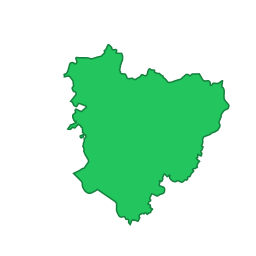 SVG path tracing the border of Volgograd, rotated 117°
{"feature_id": "RUS-2369", "entity_name": "Volgograd", "entity_type": "Region", "adm_level": 1, "iso_a3": "RUS", "parent_name": "Russia", "parent_adm1": "", "projection": "albers", "projection_center": [44.238, 49.343], "detail": "fine", "context": "isolated", "style": "filled", "palette": "green", "viewbox_px": 256, "rotation_deg": 117, "n_neighbors": 0, "source": "natural_earth", "source_scale": "10m", "svg_char_len": 5757}
<svg xmlns="http://www.w3.org/2000/svg" viewBox="0 0 256 256"><g transform="rotate(117 128 128)"><path d="M213.0,82.2L212.3,84.0L212.0,84.5L210.1,85.4L209.7,85.8L209.4,86.7L210.0,87.6L210.2,88.3L210.0,88.9L209.0,89.9L208.7,90.5L209.0,91.7L210.6,93.7L210.7,95.3L210.2,96.5L208.5,98.8L206.7,100.8L200.8,103.7L199.9,104.7L199.3,106.5L196.6,127.5L198.1,128.0L202.4,131.0L203.8,132.8L204.2,135.0L203.8,137.3L202.7,139.5L201.4,141.3L200.2,142.4L198.2,143.6L197.2,144.4L196.6,145.4L193.2,155.9L188.2,152.1L184.9,150.3L184.5,149.9L184.1,149.1L183.9,148.9L177.1,147.9L176.4,147.9L175.5,148.1L174.3,149.0L174.0,149.3L173.7,150.3L172.8,151.3L171.6,153.5L168.9,156.7L168.4,157.1L166.6,157.6L165.7,158.5L165.0,159.8L163.0,160.3L161.7,160.8L159.8,160.9L157.3,162.2L155.6,161.5L154.5,161.6L153.5,162.5L153.4,162.8L153.5,163.2L153.9,163.7L154.5,164.2L156.0,163.8L156.7,163.9L157.5,164.9L158.1,165.1L158.2,165.3L158.1,165.7L157.4,166.8L156.7,167.0L156.3,166.8L154.5,165.1L153.0,164.7L152.8,165.1L152.6,166.1L152.4,166.7L150.9,167.2L150.1,167.9L148.8,168.6L148.5,168.9L148.4,170.2L148.2,170.6L147.3,171.3L147.3,171.5L147.6,172.2L147.5,172.8L147.2,173.5L147.2,173.8L147.3,174.0L152.1,175.4L152.3,175.8L152.3,176.9L152.4,177.6L155.1,178.5L155.9,179.7L156.3,181.2L151.4,180.6L150.4,179.6L146.6,176.6L146.4,176.6L145.8,177.3L145.8,177.6L146.1,178.7L146.0,179.3L143.9,181.7L142.9,182.5L141.9,182.9L141.0,183.0L137.8,181.7L137.3,182.1L136.6,183.0L136.3,183.2L135.4,183.2L134.9,183.0L134.7,182.7L134.8,180.7L134.6,178.7L134.6,177.2L134.4,176.8L132.7,176.4L131.8,175.6L130.4,175.6L129.5,174.8L128.0,174.6L127.7,175.1L127.6,176.5L128.1,181.6L128.5,182.9L129.1,183.3L132.2,183.5L132.5,183.9L132.5,186.3L131.9,187.3L130.4,188.9L130.3,189.5L130.3,191.2L121.5,189.5L120.8,189.8L119.7,191.4L119.7,191.7L120.2,192.7L120.1,193.4L118.4,195.5L117.9,195.9L117.5,196.0L116.0,195.7L115.2,195.7L114.6,196.0L111.3,198.2L110.6,199.1L109.1,202.3L108.5,203.9L108.9,204.9L111.3,207.9L110.6,208.2L109.5,209.2L109.1,209.2L108.2,208.2L107.6,207.6L106.7,207.5L104.1,207.5L97.8,208.9L96.7,208.9L95.7,208.4L94.9,207.3L94.7,206.7L94.8,204.9L94.8,204.1L94.5,203.7L94.2,203.6L92.0,203.5L90.1,205.8L89.2,206.2L88.9,206.2L88.6,205.9L88.3,205.4L87.4,203.0L84.2,196.7L83.8,195.6L83.1,192.4L82.7,191.5L77.8,186.5L76.8,185.1L76.1,184.4L71.6,183.0L70.9,183.2L70.1,184.2L69.9,184.2L68.4,183.5L67.1,183.4L64.2,183.6L62.9,183.5L62.6,183.1L62.6,182.1L63.6,179.3L63.9,178.9L64.9,178.2L65.0,177.9L65.0,176.8L64.8,176.1L63.7,174.9L63.6,174.2L63.7,173.6L64.2,173.1L66.2,172.9L66.5,172.5L66.3,171.7L65.7,170.2L64.5,167.8L64.5,167.5L64.7,167.2L66.2,165.6L67.2,165.0L70.4,163.6L72.8,163.7L74.2,163.2L75.4,163.4L77.0,162.5L78.4,162.4L79.2,161.9L80.5,161.7L81.2,160.4L82.2,159.9L82.6,158.7L82.5,158.0L81.4,155.8L81.2,155.0L81.3,154.8L81.6,154.2L82.6,152.8L83.8,151.6L84.0,151.1L84.0,150.8L83.9,150.3L83.4,149.1L82.0,147.4L81.7,146.7L81.9,144.5L81.8,143.8L76.8,140.5L74.8,140.2L74.3,140.0L74.0,139.3L73.8,137.0L73.5,136.2L73.0,135.7L72.1,135.3L71.2,135.3L68.3,136.1L66.1,136.0L65.7,135.8L65.4,135.5L65.4,135.2L65.6,134.0L65.6,133.4L64.7,131.5L64.5,130.8L64.9,130.2L65.9,130.0L66.2,129.7L66.1,126.7L65.3,125.3L65.2,124.8L65.7,122.8L65.9,120.6L66.1,120.1L66.7,119.8L67.0,119.5L67.2,117.7L67.9,115.7L69.0,113.5L69.1,112.8L68.0,110.8L67.4,110.0L64.3,107.2L61.8,104.6L61.0,103.4L53.9,100.5L53.4,99.7L53.1,98.8L53.2,97.8L53.5,96.9L53.4,96.7L52.8,96.1L51.3,95.6L50.7,95.2L47.4,89.0L51.0,83.5L51.6,82.0L51.1,80.6L49.5,78.1L49.4,77.2L49.5,76.6L49.8,76.0L50.4,75.2L52.2,74.4L52.4,74.1L52.4,73.2L52.1,73.0L49.8,72.6L49.3,72.2L49.1,72.0L48.0,68.9L47.3,68.0L46.9,67.6L43.7,65.9L43.0,65.4L43.0,65.2L48.6,63.2L48.9,62.7L48.8,62.0L49.2,61.1L50.7,59.5L53.4,58.1L56.0,57.0L58.4,55.5L58.7,55.2L59.7,53.5L61.2,49.8L62.1,48.3L64.6,47.7L65.4,47.8L66.7,48.7L67.8,49.7L69.8,50.6L73.5,51.0L74.5,50.8L75.8,50.1L81.3,49.7L82.0,49.2L83.7,47.3L85.2,46.8L88.7,47.0L89.4,47.2L92.1,48.9L94.8,51.4L96.2,51.7L101.5,56.5L102.3,56.6L104.4,56.3L105.6,55.5L107.1,54.8L108.5,54.5L110.2,54.5L110.7,54.0L110.8,53.7L110.6,52.8L111.1,52.5L114.4,52.2L115.4,52.6L115.9,52.5L116.5,52.0L117.1,50.6L118.2,50.7L119.1,50.0L119.6,50.1L119.9,50.8L119.9,51.9L119.7,53.4L119.8,53.8L120.3,53.7L121.4,53.0L122.1,52.9L122.8,52.5L123.1,52.7L123.5,53.4L123.9,53.4L124.1,53.3L124.5,52.4L125.2,49.1L127.3,49.7L130.6,49.4L130.9,49.1L131.3,48.4L131.5,48.4L132.4,49.1L133.7,49.8L134.4,51.1L135.1,51.6L135.6,51.6L136.0,51.4L136.2,51.1L136.2,50.2L136.5,50.0L137.3,50.0L139.8,50.9L143.0,50.8L143.5,51.0L144.0,52.2L144.2,52.3L145.2,52.3L146.4,51.7L147.5,51.9L148.0,52.4L148.0,53.2L148.3,53.7L150.3,54.3L151.5,55.0L151.9,55.5L152.2,57.3L152.1,59.1L152.2,59.5L152.5,59.9L154.1,61.1L154.6,61.8L154.8,62.5L155.0,63.7L154.9,64.8L154.5,66.6L153.6,68.2L152.8,68.8L151.4,69.0L151.2,69.4L151.2,69.6L151.5,70.0L153.0,70.5L153.5,70.9L153.5,71.4L152.8,72.8L152.5,73.7L152.5,74.5L152.8,74.8L156.3,74.7L156.8,74.5L157.3,74.0L157.8,73.7L160.0,73.7L160.6,74.1L160.6,75.7L160.8,76.1L161.2,75.9L162.0,74.9L164.7,74.4L165.0,74.1L165.2,73.7L164.9,72.3L164.6,69.9L164.7,69.2L164.9,68.6L165.4,67.9L166.5,67.2L168.5,66.6L169.5,66.7L170.6,67.2L173.2,69.8L174.7,70.4L175.4,71.2L175.5,71.7L175.6,76.3L175.8,76.9L176.4,77.0L181.0,76.7L181.4,76.2L181.8,75.1L182.5,74.9L183.2,75.0L183.4,75.5L183.8,75.8L186.5,75.8L186.7,75.7L186.8,75.4L186.4,74.1L186.4,73.5L186.5,73.2L187.6,72.4L188.0,72.2L188.7,72.3L188.9,72.1L189.0,69.7L189.2,69.3L189.4,69.2L190.9,69.8L191.5,69.9L192.8,69.5L193.3,69.7L194.4,70.9L196.2,71.6L196.2,71.9L195.6,73.1L195.5,73.6L195.5,73.9L196.3,74.5L197.3,74.8L197.4,76.0L197.6,76.5L198.8,77.2L199.1,77.8L199.7,78.1L201.2,78.2L202.1,77.9L202.4,77.0L202.7,76.8L206.3,76.7L206.5,76.8L206.7,77.1L206.8,79.6L207.6,80.7L207.7,82.3L208.8,82.6L213.0,82.2Z" fill="#22c55e" stroke="#15803d" stroke-width="1.5"/></g></svg>